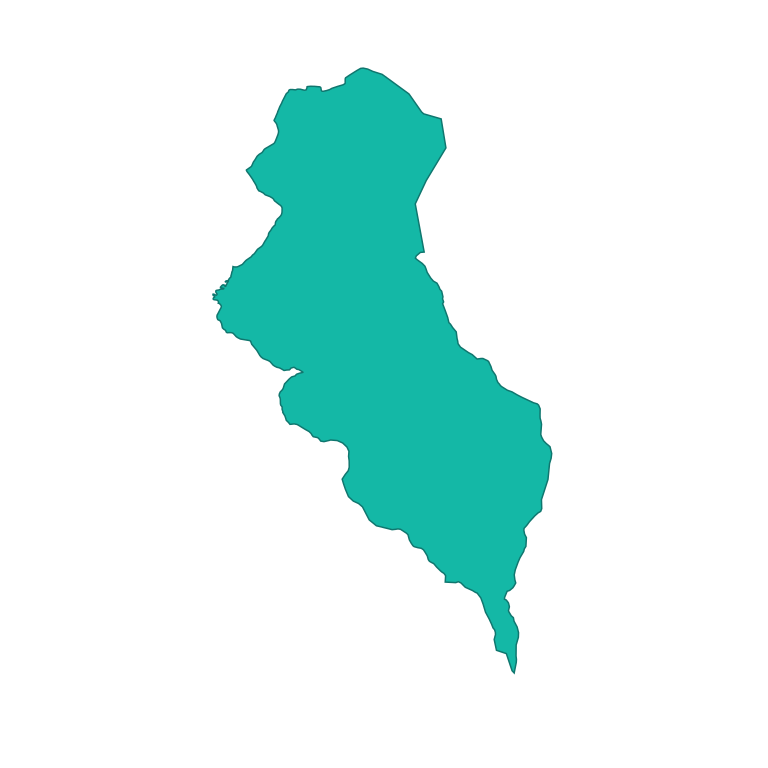 outline of Poienile Izei, Maramures, Romania, rotated 256°
{"feature_id": "2599482B51572516473215", "entity_name": "Poienile Izei", "entity_type": "district", "adm_level": 2, "iso_a3": "ROU", "parent_name": "Romania", "parent_adm1": "Maramures", "projection": "albers", "projection_center": [24.11, 47.7], "detail": "fine", "context": "isolated", "style": "filled", "palette": "teal", "viewbox_px": 768, "rotation_deg": 256, "n_neighbors": 0, "source": "geoboundaries", "source_scale": "gbopen_adm2", "svg_char_len": 6162}
<svg xmlns="http://www.w3.org/2000/svg" viewBox="0 0 768 768"><g transform="rotate(256 384 384)"><path d="M690.0,448.8L693.5,444.4L695.5,440.3L695.9,437.7L694.7,433.4L692.2,425.8L690.4,420.8L690.0,420.5L689.5,420.2L685.3,419.1L684.9,418.7L684.7,418.3L684.2,416.5L684.0,411.3L683.5,405.0L682.8,402.4L682.6,399.2L682.7,395.9L683.0,394.9L683.2,394.6L683.8,394.3L684.2,394.2L686.8,394.4L687.3,394.2L687.9,393.5L689.7,388.3L690.7,384.5L691.1,381.7L691.0,381.2L690.5,381.1L689.9,380.8L689.1,380.2L688.4,379.9L688.3,379.7L688.2,378.7L688.3,377.9L688.8,376.9L690.2,374.3L690.9,372.0L691.0,371.1L690.8,369.5L690.9,368.9L691.8,366.6L692.4,364.3L692.3,363.6L692.2,363.1L691.6,362.5L690.5,361.8L689.7,360.1L689.3,359.4L682.8,353.7L681.6,352.9L678.1,349.8L676.1,348.4L674.0,346.8L672.9,346.2L670.2,344.1L668.5,342.9L667.2,341.7L666.3,341.1L665.7,341.3L662.7,342.6L661.3,342.8L659.8,342.8L656.1,343.0L654.5,342.8L653.0,342.2L651.6,341.4L648.2,339.0L646.0,337.4L644.5,336.1L643.9,335.1L641.1,325.6L640.5,324.4L638.8,322.6L638.0,321.5L637.1,318.6L636.1,316.7L635.6,315.9L632.7,313.0L631.0,311.0L627.5,308.3L627.1,307.7L626.8,307.1L625.1,302.6L625.0,302.3L624.8,302.2L624.4,302.2L623.2,302.5L619.8,304.0L614.5,306.0L611.9,306.7L611.2,307.0L608.0,307.9L606.4,308.2L604.9,308.2L601.8,309.2L600.3,311.2L599.5,312.0L598.8,312.8L598.3,313.3L596.6,314.3L596.1,314.8L593.5,318.6L591.5,320.6L590.7,321.2L590.0,321.6L588.9,321.8L587.9,322.3L584.6,324.9L583.3,325.9L582.4,326.8L581.1,327.4L579.9,327.7L579.0,327.6L575.3,326.6L573.9,325.9L572.8,325.1L572.0,324.2L570.8,322.3L569.8,320.4L568.7,319.4L568.2,318.6L567.5,318.1L566.8,317.7L565.1,317.1L564.7,316.8L564.4,316.4L564.0,315.5L562.6,313.4L560.5,311.3L558.9,309.3L558.0,308.5L555.8,307.5L555.1,306.9L553.4,305.1L552.7,304.5L551.6,303.2L548.0,299.8L547.1,298.4L545.5,294.3L545.1,293.6L544.6,293.0L542.8,290.9L541.8,289.7L541.6,289.2L540.9,287.6L539.6,286.0L537.5,280.4L536.7,279.0L534.3,275.5L533.2,270.5L533.2,269.5L533.7,267.3L534.5,265.9L530.7,264.5L529.6,263.6L527.0,262.3L526.3,261.8L525.0,261.4L523.6,259.2L522.1,258.0L522.2,256.6L522.1,255.3L521.6,254.8L521.3,255.0L521.7,257.2L521.3,257.7L521.0,257.6L520.6,256.8L519.9,256.2L519.1,255.8L518.4,255.0L517.2,254.1L517.1,253.4L517.9,253.3L518.3,253.4L518.5,253.3L518.6,252.6L519.2,252.0L519.1,251.2L518.5,250.1L517.5,248.7L517.2,248.7L515.9,250.8L515.6,251.5L515.3,251.6L515.2,251.5L515.1,250.6L515.6,248.7L515.5,247.9L515.2,246.6L515.4,244.3L515.3,243.6L514.2,243.1L513.2,243.2L512.1,243.7L511.4,243.7L510.8,243.1L510.7,242.5L512.0,241.1L512.5,240.3L512.5,239.8L511.7,239.6L511.0,239.9L510.4,240.6L509.9,240.8L509.2,240.6L509.0,239.7L508.5,239.1L507.8,238.8L507.3,239.0L506.8,239.7L506.5,240.6L505.7,242.4L504.8,243.1L503.6,243.3L502.5,242.7L501.9,243.8L499.7,244.9L498.8,245.0L497.5,244.4L496.0,243.0L492.0,239.5L491.2,238.7L489.5,238.1L487.8,238.1L486.7,238.3L486.2,238.8L485.2,240.1L484.2,240.5L482.0,241.0L477.6,240.8L475.9,241.8L474.9,242.8L474.1,243.3L472.5,243.5L471.7,244.2L471.1,247.1L470.5,248.8L469.9,249.7L468.3,250.7L465.8,252.0L464.6,253.0L462.4,255.5L458.8,263.8L458.4,264.4L457.8,264.9L454.5,265.3L447.5,268.7L445.2,269.4L441.8,270.4L439.9,271.3L437.9,272.9L434.8,277.3L433.4,278.8L429.1,281.0L427.6,282.4L426.1,284.2L425.0,286.4L423.3,288.3L421.3,290.3L421.1,293.0L420.6,295.7L422.0,297.8L422.0,300.7L420.9,301.8L419.4,303.0L418.5,305.0L417.2,306.2L415.5,308.0L414.9,308.0L414.9,304.3L414.6,301.5L413.3,299.5L413.3,297.5L413.2,296.1L412.7,295.0L411.6,292.9L408.1,287.5L404.3,285.2L403.4,284.4L402.4,283.1L401.5,281.5L399.6,280.0L397.9,279.4L396.9,279.6L395.6,279.8L394.2,279.7L389.8,278.7L388.5,278.7L386.4,279.6L384.0,279.0L381.4,279.2L380.9,278.9L377.1,280.1L375.0,280.3L372.4,280.4L369.8,282.0L367.6,283.0L367.0,287.2L365.7,290.0L359.0,296.6L356.0,299.8L353.6,301.3L352.0,301.7L350.0,302.6L348.0,306.7L346.1,307.9L343.9,308.8L342.6,311.8L342.5,317.3L342.6,318.6L340.4,325.0L336.8,329.6L331.8,332.8L327.1,333.7L322.3,332.1L317.8,331.6L311.6,330.1L308.5,328.3L305.7,324.6L301.8,320.4L296.9,320.6L291.1,321.1L283.3,322.3L277.8,325.9L274.2,330.4L270.0,333.4L255.7,336.8L248.3,342.3L242.4,353.5L240.7,356.6L240.2,360.2L240.1,361.8L239.7,363.3L239.0,364.9L233.8,369.7L232.0,370.8L226.6,370.9L222.6,372.0L220.0,373.0L218.9,373.9L217.0,377.2L215.6,380.4L213.6,382.2L210.7,383.2L206.8,384.4L202.9,384.5L201.0,385.2L199.5,386.7L197.7,388.8L193.6,390.8L189.2,393.5L187.6,394.6L185.7,396.4L183.1,397.4L177.0,395.5L173.9,405.6L174.2,408.3L172.4,410.5L167.1,413.7L162.2,419.9L159.8,422.2L158.6,423.8L153.0,426.2L146.7,426.9L138.0,427.3L130.6,429.2L124.8,430.3L120.9,430.8L118.9,431.8L116.2,432.0L113.7,431.5L112.4,430.7L109.4,429.1L98.4,428.7L92.8,437.5L74.8,438.9L72.1,440.4L76.8,442.6L81.9,445.0L84.8,445.9L88.1,446.3L98.8,449.1L105.7,453.1L110.2,454.4L116.0,454.4L122.4,452.8L126.0,453.0L128.3,451.4L132.2,450.2L133.8,449.9L135.5,450.7L136.9,451.5L137.7,451.8L141.4,451.8L143.0,451.2L144.9,450.3L146.1,448.8L147.9,449.5L153.1,453.3L153.3,456.0L155.1,459.7L156.6,461.4L159.1,463.7L162.2,463.6L167.3,464.2L171.9,466.4L178.7,471.0L182.5,473.9L187.7,479.0L190.1,480.3L192.1,482.4L200.5,485.0L204.3,484.1L208.2,484.3L210.1,485.0L212.2,488.2L215.1,491.7L219.5,498.3L221.6,502.2L222.5,505.2L224.9,506.9L233.7,508.8L251.7,520.0L266.8,525.4L271.5,528.2L276.0,529.9L283.0,529.9L287.2,526.9L290.3,525.1L294.4,524.1L297.1,523.9L306.8,527.1L310.0,527.3L313.1,527.2L316.2,527.9L322.1,529.5L326.1,528.9L327.7,527.8L329.7,524.4L337.8,514.5L341.3,510.5L345.4,506.3L348.1,502.2L352.8,497.7L354.4,496.5L355.7,496.1L357.9,494.9L361.2,494.3L364.5,494.5L366.5,494.0L371.2,492.2L375.1,492.0L380.6,490.9L381.6,490.1L384.8,486.2L385.3,484.2L385.7,480.4L391.2,476.7L394.1,473.5L401.3,467.1L405.2,465.6L408.0,465.9L410.5,465.9L417.1,466.7L422.3,464.2L425.9,463.0L427.9,461.8L433.1,461.9L440.1,461.2L447.7,460.3L449.2,461.7L452.4,461.4L454.4,462.3L460.1,462.4L462.3,461.2L465.3,460.8L469.0,459.8L471.9,456.8L475.4,455.0L481.8,452.9L485.6,452.6L488.4,452.2L491.7,450.3L496.6,446.2L498.5,444.9L500.5,446.3L502.9,451.1L502.3,454.9L551.2,457.9L571.2,474.2L598.1,501.2L627.4,503.6L636.5,487.9L638.8,486.3L659.4,478.4L684.9,457.1L690.0,448.8Z" fill="#14b8a6" stroke="#0f766e" stroke-width="1.5"/></g></svg>